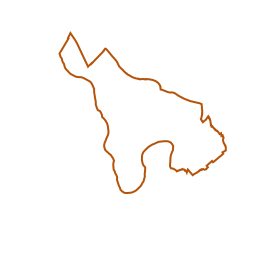 the district of Stein, Limburg, Netherlands, rotated 299°
{"feature_id": "6326949B81495248212156", "entity_name": "Stein", "entity_type": "district", "adm_level": 2, "iso_a3": "NLD", "parent_name": "Netherlands", "parent_adm1": "Limburg", "projection": "robinson", "projection_center": [5.769, 50.974], "detail": "fine", "context": "isolated", "style": "outline", "palette": "amber", "viewbox_px": 256, "rotation_deg": 299, "n_neighbors": 0, "source": "geoboundaries", "source_scale": "gbopen_adm2", "svg_char_len": 5578}
<svg xmlns="http://www.w3.org/2000/svg" viewBox="0 0 256 256"><g transform="rotate(299 128 128)"><path d="M184.6,180.7L184.5,180.1L184.4,178.9L184.2,178.0L184.0,177.2L183.6,176.2L183.4,175.3L183.2,174.7L181.8,169.7L181.7,169.0L181.5,167.9L181.4,167.5L181.4,166.9L181.0,164.4L180.7,160.5L180.8,160.4L180.8,159.5L180.7,158.6L180.7,156.8L180.8,155.7L180.9,154.5L181.1,151.9L181.0,151.1L180.8,150.2L180.6,149.5L180.3,148.9L179.6,147.9L179.2,147.1L178.9,145.9L178.7,145.0L177.9,139.0L177.5,137.9L178.3,137.3L178.9,136.9L179.6,136.3L179.8,136.4L180.6,135.5L181.0,134.8L181.4,134.1L181.6,133.6L182.0,132.6L182.1,131.9L182.3,130.9L182.4,129.5L182.2,128.0L182.0,126.4L181.8,125.7L181.5,124.9L181.1,123.5L180.7,122.5L180.1,121.3L180.0,121.0L179.9,120.7L179.5,120.0L179.4,119.9L178.8,118.8L178.7,119.0L178.3,118.0L178.3,117.8L178.2,117.6L178.0,117.3L177.7,116.7L176.9,115.5L176.6,115.0L176.6,114.7L176.5,114.4L176.2,113.9L176.3,113.7L176.1,113.2L176.0,113.4L175.8,112.7L175.5,111.8L175.2,110.8L175.0,109.9L174.8,108.9L174.7,107.9L174.6,107.0L174.6,106.0L174.6,105.1L174.7,104.7L174.7,104.1L174.7,103.0L174.6,102.9L174.6,102.1L174.7,101.4L174.8,100.5L175.0,100.4L175.0,100.0L175.1,99.2L175.2,98.5L175.4,98.0L175.7,96.6L175.9,96.3L176.2,95.4L176.4,94.5L176.6,93.8L176.6,93.5L176.9,92.7L177.2,91.7L177.3,91.2L177.5,90.7L177.7,90.3L178.0,89.9L178.4,89.2L179.0,88.4L179.8,87.3L180.3,86.5L180.9,85.6L181.2,84.7L181.6,83.8L181.8,83.3L181.8,83.1L182.2,82.2L182.8,80.3L184.0,77.1L184.3,76.5L185.0,74.7L185.3,74.0L185.7,73.0L186.0,72.1L186.5,70.4L186.4,69.6L186.1,69.5L185.4,69.5L184.7,69.4L184.1,69.3L183.6,69.2L183.5,69.4L177.7,67.9L174.4,67.0L169.3,65.6L168.6,65.5L165.7,64.7L165.4,64.5L165.3,64.4L165.5,64.3L164.7,64.1L163.4,63.5L162.3,63.3L164.3,60.5L166.3,57.7L168.3,54.9L176.5,43.5L177.6,41.9L178.7,40.2L179.6,38.5L183.1,31.6L177.7,31.9L177.7,32.0L177.6,32.4L177.5,32.6L175.3,32.5L159.9,32.0L159.1,32.9L157.6,34.4L156.8,36.2L155.1,37.7L153.9,39.2L153.0,41.0L151.1,42.7L149.9,44.1L149.1,46.0L148.5,48.0L147.9,49.8L147.4,51.8L147.5,54.0L147.5,55.6L147.6,57.5L148.2,59.3L149.3,61.6L149.9,62.9L150.1,64.9L150.2,66.9L150.2,68.8L150.2,70.7L150.2,72.7L149.3,74.6L148.3,76.1L147.0,77.8L145.7,79.5L143.6,80.6L141.9,81.8L140.2,83.2L138.5,84.4L136.8,85.9L135.1,87.2L133.1,88.3L131.5,89.9L130.2,91.4L129.0,93.0L129.2,95.4L128.1,97.1L126.9,98.8L125.0,100.2L124.6,102.1L123.9,103.9L123.1,105.6L121.9,107.4L120.4,109.0L118.5,110.4L116.8,111.7L114.9,113.0L112.6,113.8L110.5,114.0L108.2,114.2L105.7,114.6L103.4,114.8L100.9,115.7L99.2,117.1L97.7,118.8L97.2,120.6L96.8,122.5L96.3,124.3L96.0,126.3L95.1,127.9L94.2,129.7L92.6,131.6L90.2,132.2L88.1,133.3L86.3,134.5L84.5,135.8L83.6,137.5L82.0,139.1L81.0,140.9L79.6,142.5L77.3,143.5L75.9,145.0L73.1,148.0L71.8,149.9L70.3,151.5L69.8,153.4L69.5,155.5L70.0,157.5L71.0,159.2L72.2,161.0L73.5,162.7L75.3,164.1L77.0,165.2L79.1,166.0L81.2,166.6L83.7,167.3L86.4,167.3L89.0,167.4L93.9,166.2L95.8,164.9L97.9,164.1L99.9,163.2L102.1,162.0L102.6,160.0L103.8,158.3L105.4,156.8L107.2,155.4L109.3,154.3L111.5,153.4L114.2,153.1L116.5,153.6L118.9,154.3L121.4,155.1L123.4,156.2L125.3,157.3L127.0,158.7L130.7,161.4L132.0,163.2L134.4,166.7L135.3,168.4L135.9,170.2L136.0,172.4L135.4,174.2L134.2,176.2L132.2,177.2L130.1,178.1L128.0,178.2L125.5,178.6L123.2,179.3L121.1,180.3L119.0,181.4L116.8,182.3L114.8,183.4L113.6,185.1L114.4,187.4L114.3,189.4L114.1,191.3L113.8,191.7L115.1,192.8L115.0,192.2L115.1,192.4L115.4,192.8L115.7,193.1L116.0,193.4L117.4,194.6L117.1,194.6L117.4,194.9L118.2,195.7L118.5,196.0L118.7,196.7L118.7,197.0L118.7,197.3L118.7,197.7L118.6,197.9L118.9,197.9L118.9,198.4L118.7,199.0L118.3,199.8L118.0,200.5L117.6,201.0L120.7,200.5L118.1,207.5L118.9,207.8L119.6,208.2L120.9,208.9L121.1,209.1L121.4,209.3L121.7,209.5L122.0,209.7L122.4,209.9L122.6,210.0L122.9,210.0L123.2,210.2L123.4,210.4L123.6,210.5L124.1,210.7L124.3,210.7L124.4,210.9L124.8,211.2L125.0,211.2L125.3,211.1L125.7,211.4L125.9,211.4L125.9,211.5L126.3,211.6L126.6,211.7L126.7,212.0L126.8,211.9L127.0,212.0L126.9,212.1L127.0,212.2L127.3,212.4L127.4,212.5L127.5,212.5L127.8,212.8L127.9,213.0L128.0,213.1L127.9,213.2L128.1,213.3L128.2,213.5L128.4,213.7L128.4,213.8L128.6,214.0L128.6,214.8L128.7,215.0L128.7,215.3L129.3,215.8L129.5,215.9L129.7,216.3L130.7,216.5L132.4,216.9L132.5,216.6L132.7,216.1L132.9,215.6L133.1,215.1L134.5,215.6L135.6,215.9L136.9,216.4L139.9,217.5L139.2,218.9L139.4,219.1L142.3,220.2L146.8,221.9L147.3,222.1L148.4,222.6L151.7,223.8L152.1,223.1L152.5,222.4L155.7,224.4L156.1,224.2L156.8,223.8L158.1,223.2L158.6,222.8L158.8,222.7L159.2,222.3L159.3,222.1L159.7,221.7L159.8,221.5L159.8,221.3L160.0,221.3L160.3,220.8L160.2,220.8L160.5,220.4L160.8,219.9L161.2,219.3L161.6,218.7L161.8,218.4L162.1,218.1L162.3,217.9L162.7,217.6L163.3,217.1L163.5,217.0L164.2,216.7L164.3,216.7L164.6,216.6L164.8,216.5L165.0,216.5L165.7,216.3L165.9,216.2L165.8,215.9L166.7,215.1L167.5,214.3L166.3,213.6L168.5,211.9L167.1,211.1L167.6,210.2L168.5,208.1L168.7,207.7L168.7,207.3L168.8,206.9L168.4,206.7L168.7,204.8L169.1,204.8L169.5,203.3L169.4,203.0L169.6,202.7L170.0,201.7L170.4,201.0L169.7,200.5L171.3,198.9L171.1,198.8L174.4,196.4L175.6,195.1L175.4,195.0L176.3,193.3L176.8,193.4L177.2,192.5L174.3,192.2L173.4,192.2L171.0,191.3L170.2,191.0L169.6,190.8L169.7,190.6L169.4,190.5L170.7,188.2L170.9,187.6L172.0,187.4L172.4,187.3L173.2,187.0L173.5,186.9L174.0,186.8L174.2,186.7L174.7,186.6L175.7,186.2L177.2,185.7L177.3,185.6L177.3,185.4L177.7,185.3L179.0,184.6L179.6,184.2L180.1,183.9L180.3,183.6L182.7,182.1L183.3,181.7L183.6,181.5L183.9,181.2L184.5,180.8L184.6,180.7Z" fill="none" stroke="#b45309" stroke-width="2"/></g></svg>